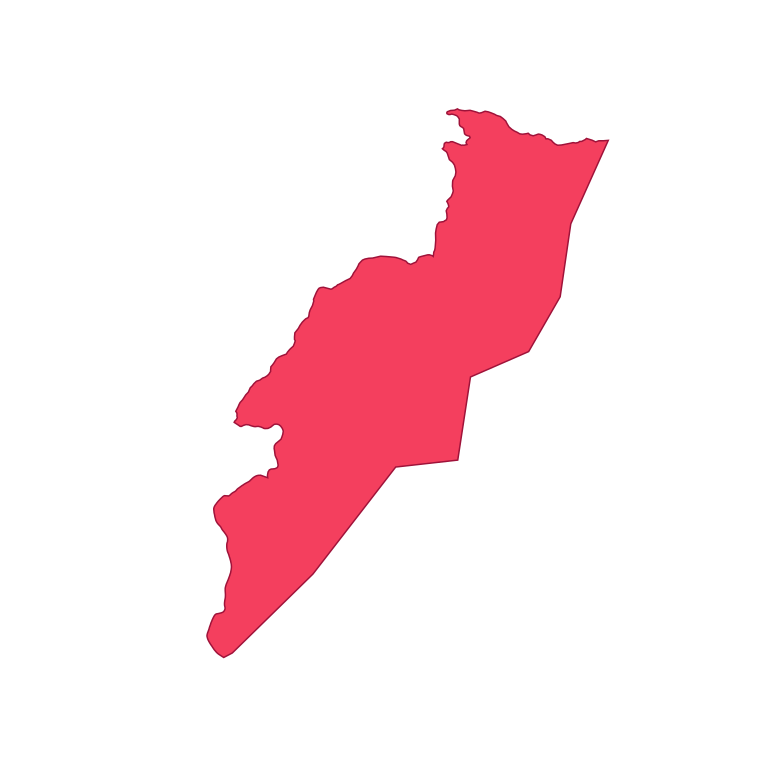 Taklai, Geylegphug, Bhutan, rotated 295°
{"feature_id": "84629894B24283524280478", "entity_name": "Taklai", "entity_type": "district", "adm_level": 2, "iso_a3": "BTN", "parent_name": "Bhutan", "parent_adm1": "Geylegphug", "projection": "orthographic", "projection_center": [90.652, 26.809], "detail": "fine", "context": "isolated", "style": "filled", "palette": "rose", "viewbox_px": 768, "rotation_deg": 295, "n_neighbors": 0, "source": "geoboundaries", "source_scale": "gbopen_adm2", "svg_char_len": 6038}
<svg xmlns="http://www.w3.org/2000/svg" viewBox="0 0 768 768"><g transform="rotate(295 384 384)"><path d="M285.9,264.4L285.2,269.3L284.8,271.5L285.4,272.8L287.1,274.1L288.9,276.1L289.8,278.6L290.0,281.4L290.5,284.2L291.0,285.5L291.8,286.7L292.5,288.0L293.0,290.5L293.1,292.7L293.0,293.9L293.3,295.0L294.7,297.6L297.1,299.6L299.6,300.8L300.8,301.4L301.5,302.2L302.1,303.3L302.4,304.1L302.7,305.9L302.2,308.1L300.7,310.7L298.8,312.6L295.7,313.5L293.3,313.8L291.8,313.9L290.5,314.0L288.9,313.3L285.9,311.9L284.2,311.1L282.9,310.9L281.5,310.8L280.2,311.3L279.1,311.7L277.7,312.7L274.7,314.6L273.2,315.6L271.6,317.4L270.1,319.2L268.9,320.1L266.6,321.7L265.6,322.4L263.8,322.7L262.7,322.3L261.2,321.0L259.9,318.9L259.2,317.6L258.4,317.0L257.7,316.4L256.6,316.3L255.6,316.1L254.5,316.3L251.9,317.0L249.9,318.2L249.5,314.1L249.2,310.8L248.3,309.0L247.6,308.0L246.8,307.1L245.8,306.3L244.8,305.6L243.7,305.0L242.6,304.5L241.4,304.1L240.3,303.6L239.1,303.2L238.1,302.5L237.1,301.8L236.1,301.0L235.1,300.3L234.1,299.6L233.0,299.0L232.0,298.3L230.9,297.7L229.8,297.1L228.7,296.5L227.7,295.9L226.6,295.4L225.4,295.1L224.2,294.7L223.1,294.0L222.2,293.3L221.1,292.6L220.0,292.0L218.8,291.6L217.7,291.1L216.8,290.4L216.4,289.2L215.9,288.0L215.5,286.8L214.7,286.0L213.6,285.4L212.5,285.0L211.3,284.5L210.2,284.1L209.0,283.7L207.8,283.3L206.6,283.0L205.4,282.7L204.2,282.5L202.9,282.2L201.7,282.1L200.5,282.1L199.3,282.3L198.2,282.8L197.1,283.5L196.0,284.1L195.0,284.8L194.0,285.6L193.0,286.3L192.0,287.0L191.1,287.8L190.1,288.6L189.2,289.4L188.4,290.4L187.7,291.4L187.1,292.5L186.6,293.6L186.2,294.8L185.7,295.9L185.1,297.0L184.3,297.9L183.6,299.0L183.0,300.1L182.5,301.2L181.9,302.3L181.3,303.4L180.7,304.4L180.0,305.5L179.2,306.5L178.3,307.3L177.3,307.9L176.1,308.4L174.9,308.8L173.7,308.9L172.5,309.2L171.3,309.7L170.2,310.2L169.1,310.8L168.1,311.4L167.1,312.1L166.1,312.9L165.2,313.8L164.4,314.7L163.5,315.6L162.6,316.4L161.7,317.2L160.8,318.1L159.8,318.9L158.9,319.7L157.9,320.4L156.9,321.2L155.9,321.9L154.8,322.5L153.7,323.1L152.6,323.5L151.4,323.9L150.2,324.2L149.0,324.5L147.8,324.8L146.5,324.9L145.3,325.1L144.1,325.2L142.9,325.3L141.6,325.4L140.4,325.5L139.2,325.5L137.9,325.6L136.7,325.6L135.5,325.7L134.2,325.9L133.0,326.1L131.8,326.4L130.7,326.9L129.6,327.4L128.5,328.0L127.4,328.6L126.3,329.2L125.2,329.7L124.0,330.2L122.9,330.6L121.7,330.9L120.5,331.2L119.3,331.6L118.1,332.0L117.0,332.5L115.9,333.1L114.9,333.9L113.9,334.6L112.8,335.0L111.5,335.1L110.2,334.9L109.1,334.4L108.2,333.6L107.4,332.7L106.6,331.7L105.8,330.7L105.1,329.6L104.3,328.8L103.1,328.3L101.9,328.1L99.9,328.0L98.6,328.0L97.4,328.0L96.2,328.1L94.9,328.1L93.7,328.2L92.5,328.4L91.2,328.5L90.0,328.6L88.8,328.8L87.6,329.0L86.3,329.1L85.1,329.2L83.8,329.3L82.6,329.5L81.4,329.8L80.4,330.3L79.4,331.1L78.4,332.0L77.6,332.9L76.8,333.9L76.1,334.9L75.4,335.9L74.7,337.0L74.1,338.0L73.5,339.1L72.8,340.1L72.2,341.2L71.5,342.3L71.0,343.4L70.5,344.5L70.0,345.6L69.6,346.8L69.3,348.0L69.1,349.2L68.4,354.3L76.1,360.2L142.3,385.1L181.7,399.9L313.7,429.7L346.2,483.0L426.9,459.4L474.5,501.4L537.5,506.8L608.1,485.6L699.6,484.3L697.1,479.9L695.6,476.7L695.0,475.6L692.9,473.5L692.9,469.5L692.1,463.7L690.6,463.1L687.5,460.7L686.5,458.8L685.0,458.0L683.4,455.9L682.7,453.4L680.2,450.1L675.6,443.8L673.8,440.5L673.8,437.6L674.5,435.1L675.6,432.6L675.5,428.9L674.6,427.2L676.1,425.3L676.5,422.0L676.2,419.7L675.7,418.2L673.5,416.0L672.0,414.3L671.5,411.2L672.2,408.7L670.9,407.1L668.9,403.9L668.1,401.3L668.4,398.4L668.4,395.2L668.8,392.2L669.9,388.5L672.3,385.0L673.8,383.2L674.9,379.7L675.6,376.4L675.0,372.5L675.2,370.2L675.0,366.3L674.7,363.4L673.9,360.3L671.0,357.6L669.7,355.7L669.6,353.4L669.1,350.2L668.4,346.3L666.7,343.4L665.8,341.8L664.8,338.8L664.2,336.1L664.4,334.3L662.0,332.2L660.0,328.7L657.5,326.3L656.3,326.3L655.6,326.8L655.5,328.5L656.0,329.8L657.3,331.4L657.7,333.5L657.9,336.2L657.6,337.6L656.1,340.2L651.4,342.4L650.2,343.5L649.8,345.0L649.7,346.6L649.2,348.2L644.8,351.3L644.3,352.8L644.2,353.8L644.4,355.0L644.7,356.8L643.6,358.0L640.7,356.6L639.1,356.1L637.3,356.4L636.1,358.0L634.2,355.6L633.8,354.4L633.1,353.5L632.7,346.1L632.6,343.8L631.8,342.1L630.3,340.9L629.7,339.5L629.4,338.2L627.7,337.1L626.8,337.2L624.2,338.1L622.8,337.9L621.9,337.5L621.3,339.5L620.9,342.2L619.9,343.8L615.0,348.4L613.9,352.5L612.2,355.3L609.4,357.7L606.5,359.6L602.9,360.6L597.7,360.3L596.3,360.7L592.2,362.4L588.2,365.2L585.7,365.6L582.0,365.7L577.8,364.1L576.1,363.7L575.2,364.9L574.6,365.7L572.8,367.3L571.8,367.8L569.9,367.2L567.2,367.2L564.5,369.2L561.3,370.9L559.2,371.2L557.5,370.0L556.4,369.4L555.2,367.6L554.0,365.7L550.9,364.9L546.4,365.8L542.6,366.9L536.2,370.1L531.7,371.8L528.7,372.9L526.6,373.4L524.5,373.4L522.2,374.2L520.4,374.7L520.7,373.5L520.3,370.6L519.4,368.8L518.3,367.5L516.2,364.9L514.6,363.0L513.4,361.9L510.8,361.9L507.9,361.4L506.1,359.7L503.7,357.7L503.5,354.3L504.0,353.4L504.6,351.8L504.4,348.9L504.4,346.4L503.7,341.4L503.1,339.4L500.5,332.2L498.4,326.9L496.5,324.5L493.3,320.4L491.5,317.0L489.2,313.9L487.2,312.1L484.6,311.2L482.3,310.5L479.9,310.6L476.4,310.4L471.6,309.5L468.9,309.5L465.3,308.7L461.4,305.5L457.2,302.5L455.1,300.9L454.4,300.1L452.3,299.3L450.7,298.0L448.3,296.7L447.5,295.9L447.0,293.1L446.7,291.5L446.1,288.2L444.6,285.8L443.4,284.7L442.0,284.3L438.8,284.0L435.5,284.1L431.0,284.3L429.4,285.3L426.8,285.7L424.9,286.0L420.8,285.8L419.8,285.8L417.3,286.1L413.6,287.2L412.1,287.2L410.0,285.5L408.0,284.7L405.4,283.8L401.7,283.1L398.2,282.9L392.7,281.6L388.8,283.0L386.5,284.1L385.7,285.3L382.6,285.7L379.9,285.8L377.4,284.7L375.3,283.9L371.8,283.0L369.9,282.9L366.9,279.9L364.0,277.3L361.3,275.9L356.8,275.4L354.2,274.9L351.8,274.2L348.5,275.4L347.6,275.9L344.3,275.5L342.2,274.7L339.9,273.3L338.1,271.5L335.0,269.8L332.6,267.2L329.2,265.9L326.7,265.4L324.1,264.4L319.3,264.5L315.7,263.3L309.9,262.5L306.4,261.4L303.9,261.3L302.1,261.4L301.0,261.4L298.7,261.3L296.6,261.2L295.7,262.7L294.7,263.5L292.7,264.3L291.7,265.2L290.3,265.3L289.0,265.1L287.2,264.4L285.9,264.4Z" fill="#f43f5e" stroke="#9f1239" stroke-width="1.5"/></g></svg>